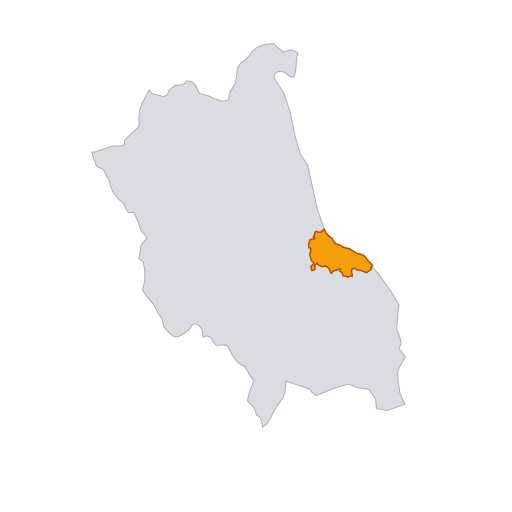 location of Ruse within Bulgaria, rotated 67°
{"feature_id": "BGR-2262", "entity_name": "Ruse", "entity_type": "Province", "adm_level": 1, "iso_a3": "BGR", "parent_name": "Bulgaria", "parent_adm1": "", "projection": "natural_earth1", "projection_center": [25.944, 43.687], "detail": "fine", "context": "in_parent", "style": "filled", "palette": "amber", "viewbox_px": 512, "rotation_deg": 67, "n_neighbors": 0, "source": "natural_earth", "source_scale": "10m", "svg_char_len": 3573}
<svg xmlns="http://www.w3.org/2000/svg" viewBox="0 0 512 512"><g transform="rotate(67 256 256)"><path d="M416.3,316.6L407.8,315.2L404.9,315.6L403.0,317.6L399.1,317.2L394.2,317.2L389.1,319.5L386.3,320.4L382.5,318.3L375.5,312.2L371.2,307.9L368.0,306.8L364.8,308.1L353.4,309.5L350.8,312.0L345.5,314.8L340.2,316.1L332.6,317.1L328.6,316.9L326.4,318.3L324.5,322.3L323.3,326.3L322.1,327.9L312.7,329.8L310.6,332.1L310.0,334.3L310.2,336.5L302.7,334.4L296.8,335.8L295.4,337.5L294.2,339.9L294.9,342.6L297.1,345.1L299.1,351.9L299.8,358.8L298.6,362.6L294.3,365.4L285.3,368.5L276.6,367.0L272.7,368.2L266.3,368.6L260.3,369.4L251.2,372.2L243.0,373.9L235.6,368.2L226.8,364.3L217.6,362.0L214.4,363.7L213.0,365.0L205.3,359.9L201.9,358.1L200.2,356.2L197.0,349.5L195.1,349.3L188.8,351.8L182.6,351.6L178.9,351.2L168.0,351.5L166.5,356.1L165.1,356.8L162.8,357.4L156.9,357.1L149.5,360.5L141.5,362.6L135.2,362.6L128.8,361.6L124.9,362.3L116.6,362.7L111.3,367.7L103.1,367.4L96.2,366.6L97.1,365.0L98.7,345.3L102.2,336.5L102.1,334.7L101.4,333.3L98.4,331.9L96.2,327.2L91.8,314.7L89.3,312.1L82.2,309.5L76.0,305.9L70.8,301.1L61.3,289.4L66.2,288.2L67.7,285.8L72.7,279.4L73.3,276.2L72.8,274.4L69.5,271.3L67.4,264.6L69.2,258.2L69.4,255.0L67.8,251.8L69.5,247.8L73.1,245.6L75.3,244.9L84.5,244.5L90.5,236.5L94.0,233.9L97.7,229.4L99.4,227.7L101.1,224.2L101.7,220.6L94.4,215.5L92.0,211.7L88.8,207.5L84.4,204.6L75.6,199.6L72.3,194.6L70.8,188.0L68.5,183.0L66.0,179.8L65.5,177.2L64.5,173.9L64.3,167.6L66.5,159.2L67.9,156.2L70.9,155.4L78.9,150.9L79.4,145.1L80.9,141.5L83.4,139.5L85.8,138.1L90.1,141.5L100.6,146.8L105.7,150.7L105.4,153.1L103.0,155.4L98.3,157.8L95.6,160.9L94.8,164.7L95.5,167.4L98.7,169.8L117.7,166.7L136.9,168.3L162.7,173.5L179.9,175.3L192.5,172.9L216.0,177.3L237.8,181.4L258.8,182.6L270.5,179.4L278.8,175.1L285.9,166.9L303.4,156.2L320.4,150.2L342.6,145.3L357.4,143.6L359.5,145.3L378.5,155.2L386.9,155.2L393.7,156.9L396.2,159.6L398.0,160.2L407.0,157.8L411.0,163.2L417.4,170.7L428.1,174.6L437.6,176.8L440.6,177.1L450.7,177.0L449.4,195.9L443.5,204.7L434.4,201.8L422.9,204.2L416.8,214.3L413.4,217.2L410.2,220.7L408.3,233.7L408.0,255.1L403.6,257.7L399.6,258.5L382.9,277.3L392.6,282.5L396.9,286.6L404.1,297.8L414.3,310.4L416.3,316.6Z" fill="#d9dde1" stroke="#a8b0b8" stroke-width="1"/><path d="M261.1,182.8L262.5,182.7L263.6,182.1L264.8,181.8L266.2,181.3L267.5,180.5L268.5,179.7L269.6,179.0L273.4,178.9L273.9,178.8L276.4,177.8L277.9,175.6L278.0,175.3L280.1,173.4L281.9,172.4L284.8,169.0L285.3,167.9L285.9,167.0L293.4,161.9L293.9,160.7L295.0,159.2L297.2,156.9L299.4,155.8L304.4,154.6L309.3,152.6L310.7,152.5L310.8,153.2L311.7,155.0L313.4,155.2L313.8,157.6L314.6,160.7L310.0,165.4L308.6,168.3L305.8,170.0L305.7,173.1L308.9,174.5L310.8,174.6L312.3,175.4L311.2,176.8L311.3,180.0L310.1,180.6L309.2,182.3L308.4,183.6L305.2,183.2L302.9,184.8L302.0,184.0L301.2,183.3L300.5,184.8L300.7,186.6L300.4,187.0L300.1,187.3L300.2,187.8L300.3,188.4L300.1,191.2L301.5,193.2L300.3,193.9L298.7,193.6L297.3,193.9L295.9,193.6L294.4,194.6L292.5,195.5L292.2,198.0L291.3,199.7L289.8,201.1L288.2,202.2L286.7,202.6L287.0,204.4L288.1,206.0L289.8,206.2L291.2,206.8L291.4,208.5L291.3,210.3L289.1,210.1L286.9,209.4L286.3,207.5L286.0,205.9L284.2,205.8L282.5,206.6L280.8,206.7L279.2,206.4L277.1,206.2L275.0,205.6L273.7,204.6L272.8,203.6L271.9,203.6L271.4,202.7L269.9,202.7L269.1,204.2L265.5,202.9L262.0,199.7L262.5,197.6L263.1,195.4L262.2,194.9L261.3,195.8L260.4,195.6L260.2,194.7L257.1,192.4L256.8,190.7L258.1,189.8L259.5,187.1L258.3,183.6L257.9,182.7L258.3,182.6L261.1,182.8Z" fill="#f59e0b" stroke="#b45309" stroke-width="1.5"/></g></svg>